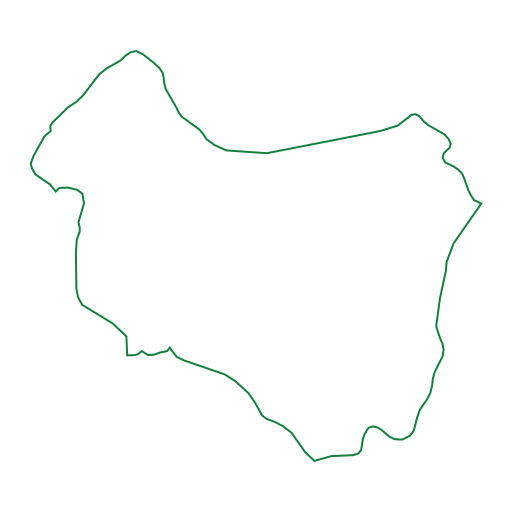 outline of Covasna
{"feature_id": "ROU-306", "entity_name": "Covasna", "entity_type": "County", "adm_level": 1, "iso_a3": "ROU", "parent_name": "Romania", "parent_adm1": "", "projection": "equal_earth", "projection_center": [25.978, 45.929], "detail": "fine", "context": "isolated", "style": "outline", "palette": "green", "viewbox_px": 512, "rotation_deg": 0, "n_neighbors": 0, "source": "natural_earth", "source_scale": "10m", "svg_char_len": 1609}
<svg xmlns="http://www.w3.org/2000/svg" viewBox="0 0 512 512"><path d="M481.3,203.5L453.6,243.4L446.6,261.9L446.0,270.3L439.9,298.7L436.2,326.4L440.1,338.3L442.4,343.5L443.6,349.7L442.6,356.3L434.7,372.0L432.8,378.9L432.2,385.2L430.4,392.7L426.7,399.9L419.9,409.6L417.1,417.6L413.8,430.6L409.8,435.8L402.1,439.6L394.7,439.2L389.8,436.9L381.7,430.1L377.3,427.4L372.8,426.4L368.4,427.9L364.6,434.0L362.8,439.6L361.1,450.3L358.2,453.6L352.9,455.2L331.4,456.1L314.4,460.9L305.0,452.0L291.6,432.9L283.2,426.3L274.9,422.0L266.4,418.8L262.0,415.4L255.3,403.1L248.5,393.2L235.5,381.3L224.7,374.4L184.2,360.5L176.6,356.8L169.7,347.6L167.2,351.1L160.5,352.4L154.2,354.6L148.1,355.1L141.8,351.1L138.4,353.9L135.1,355.1L127.2,355.3L126.4,336.5L112.8,323.5L82.2,304.9L78.1,297.4L76.4,288.8L75.9,252.1L76.8,239.6L79.6,231.9L79.7,227.8L78.5,222.3L84.0,203.4L82.4,193.6L77.0,189.8L67.9,187.6L59.5,187.9L55.7,191.5L50.0,184.4L35.7,174.6L32.1,168.7L30.7,163.8L33.5,156.0L44.3,136.6L46.5,134.5L50.7,131.1L50.2,126.1L52.3,122.6L67.9,107.4L77.0,101.4L83.5,94.9L99.0,74.5L106.2,68.7L120.7,60.4L125.8,55.4L130.8,52.1L136.4,51.1L143.3,54.5L154.6,63.5L159.4,68.0L162.6,72.8L163.7,78.0L164.3,83.3L165.6,88.8L176.5,107.8L179.0,112.9L181.9,116.9L199.2,129.4L203.1,133.9L206.6,139.3L214.4,145.0L226.4,150.4L266.9,153.2L379.8,131.1L397.8,125.6L411.6,114.8L415.4,114.2L418.9,115.8L424.7,122.3L428.3,125.2L444.3,134.3L448.6,139.0L450.7,143.6L449.8,147.4L443.7,153.5L442.6,157.4L445.2,162.5L453.5,166.4L458.3,169.7L462.0,173.5L464.3,178.6L468.4,190.4L471.1,195.6L474.0,200.1L481.3,203.5Z" fill="none" stroke="#15803d" stroke-width="2"/></svg>